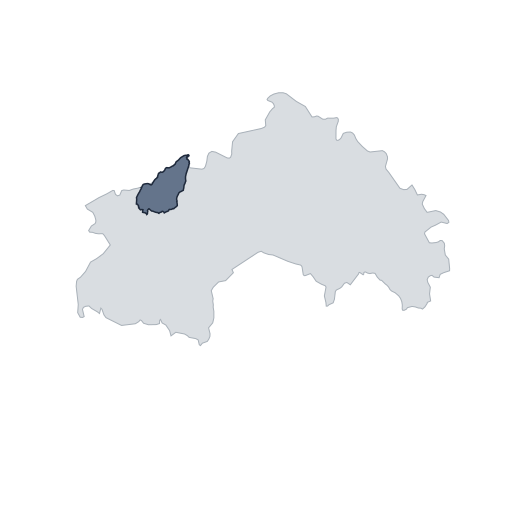 Mali, Mali, Guinea (highlighted), rotated 327°
{"feature_id": "49546643B49159513129654", "entity_name": "Mali", "entity_type": "district", "adm_level": 2, "iso_a3": "GIN", "parent_name": "Guinea", "parent_adm1": "Mali", "projection": "albers", "projection_center": [-12.025, 12.05], "detail": "fine", "context": "in_parent", "style": "filled", "palette": "slate", "viewbox_px": 512, "rotation_deg": 327, "n_neighbors": 0, "source": "geoboundaries", "source_scale": "gbopen_adm2", "svg_char_len": 7317}
<svg xmlns="http://www.w3.org/2000/svg" viewBox="0 0 512 512"><g transform="rotate(327 256 256)"><path d="M308.7,328.8L304.9,328.3L303.2,329.0L298.2,335.0L295.2,337.3L290.5,336.6L288.8,337.0L287.6,336.3L289.3,333.1L291.6,326.7L297.8,320.2L297.9,318.8L295.4,315.1L292.7,309.9L292.6,304.4L292.1,300.4L286.7,299.3L285.7,298.7L285.5,297.3L288.6,290.4L288.8,289.0L288.4,287.8L285.0,284.3L279.8,277.8L270.8,264.4L267.4,261.6L264.2,257.5L263.0,254.9L259.7,254.0L228.5,254.2L227.9,257.7L217.1,260.1L210.5,257.4L203.2,258.9L199.6,260.7L196.8,268.5L195.2,270.2L193.6,273.7L192.2,275.6L190.5,279.5L187.0,284.9L183.3,288.5L177.1,290.4L175.1,296.2L173.6,298.3L171.2,300.0L168.6,301.1L163.5,299.9L160.6,300.9L160.1,299.5L161.8,294.9L160.5,292.5L155.6,287.8L155.1,285.5L153.6,282.5L147.2,276.3L141.2,276.7L142.9,271.6L142.8,264.8L140.8,261.0L141.4,257.2L140.2,257.5L138.2,260.1L135.0,259.2L128.4,255.1L125.1,251.2L124.8,247.8L124.0,246.5L122.0,247.2L117.9,247.1L105.4,241.0L96.6,226.0L96.4,222.6L97.8,216.8L97.5,215.2L93.4,219.0L92.6,216.5L89.5,210.4L88.7,206.9L85.7,205.4L83.3,205.1L81.4,206.2L78.9,213.2L77.1,213.1L75.2,211.6L75.6,206.4L80.5,199.9L88.7,183.4L91.7,179.6L93.5,178.3L97.3,178.2L104.7,176.1L113.9,171.0L120.8,171.4L129.1,170.9L139.8,167.4L140.0,156.3L139.6,153.8L135.9,151.5L133.7,149.6L131.8,147.1L129.5,145.4L129.5,143.5L134.3,141.2L138.7,141.2L140.1,140.3L141.2,138.8L142.5,134.7L142.9,130.5L140.1,124.8L140.3,120.8L156.0,121.5L164.6,122.6L171.6,123.0L172.7,123.9L171.7,127.8L172.6,130.1L175.0,130.7L179.0,128.0L181.0,128.6L185.4,132.0L189.5,133.0L194.0,134.8L198.2,135.8L201.9,135.7L204.7,137.6L210.0,138.2L216.7,135.8L222.1,134.8L229.5,134.5L233.4,135.3L244.8,133.3L253.7,134.4L252.4,135.7L248.3,144.6L248.8,146.2L257.9,153.7L260.0,154.3L262.5,153.2L266.4,149.7L269.5,146.0L272.5,144.1L275.9,144.2L278.7,146.9L285.2,158.0L286.9,159.4L288.4,159.4L291.2,157.3L292.7,154.8L298.6,147.4L307.9,143.7L330.0,152.0L333.3,152.6L335.2,152.0L337.9,146.9L346.1,142.6L350.1,141.4L352.4,141.2L353.2,139.9L353.6,137.8L353.2,135.7L350.6,132.0L350.5,130.8L351.9,130.1L355.1,129.5L359.2,129.9L363.8,131.4L367.6,133.8L369.8,136.5L374.0,148.3L378.8,157.5L378.7,169.9L380.8,171.1L383.1,171.6L384.2,172.6L386.5,177.6L388.6,179.1L391.2,179.4L396.0,182.6L399.1,183.9L399.6,184.8L399.5,186.2L398.3,187.9L393.7,191.4L391.4,194.4L386.8,201.4L386.7,202.8L387.7,203.7L389.7,203.8L391.7,203.3L396.0,200.7L399.5,201.6L402.8,203.5L404.0,205.5L404.4,208.2L403.7,211.6L403.6,215.4L404.8,222.0L406.6,228.5L408.3,230.9L419.4,236.5L420.5,238.6L421.0,241.0L420.3,244.4L419.2,246.2L413.3,251.4L412.4,253.9L412.9,258.4L413.6,277.6L416.0,280.8L418.9,282.4L425.5,281.4L425.4,286.7L424.6,292.7L428.5,294.4L430.4,296.2L431.5,297.9L425.5,301.2L423.7,303.0L423.0,308.0L423.3,312.6L431.5,315.8L434.7,319.6L436.2,323.5L436.8,331.1L436.1,332.8L434.0,332.9L429.8,328.4L423.4,327.9L418.6,327.1L410.7,327.9L409.4,329.2L408.6,339.3L410.6,340.9L414.4,342.8L416.8,343.5L418.9,343.3L420.5,344.5L420.9,347.8L419.8,350.2L417.8,352.5L415.3,358.3L415.9,363.6L411.5,372.1L410.3,373.8L404.3,372.2L400.5,371.7L397.7,373.9L393.8,370.6L393.1,368.1L391.7,367.5L389.1,367.5L386.7,369.0L385.7,371.7L385.2,377.1L380.9,382.3L378.0,388.8L374.4,388.2L373.7,389.0L369.9,390.7L366.7,391.2L365.8,389.5L363.9,388.1L361.8,385.4L359.4,383.3L354.9,381.8L353.1,382.5L350.9,382.3L349.5,381.5L349.7,380.1L352.0,376.8L353.4,373.7L354.1,370.3L354.0,367.2L352.7,362.7L350.6,359.1L350.1,357.1L350.3,354.1L349.8,351.4L349.2,349.9L348.1,344.8L346.9,343.8L346.2,339.7L346.4,335.4L344.6,333.8L341.8,332.7L340.2,331.0L339.2,329.1L338.2,328.6L337.3,328.7L336.5,329.9L335.6,330.1L334.0,326.2L333.3,326.0L332.2,326.9L319.4,331.5L317.8,327.7L315.3,327.0L311.1,328.6L308.7,328.8Z" fill="#d9dde1" stroke="#a8b0b8" stroke-width="1"/><path d="M187.0,161.7L187.7,161.6L188.2,161.2L188.7,160.3L189.2,160.0L189.6,159.5L189.7,158.8L190.5,158.3L191.2,158.2L191.8,158.0L192.0,158.1L192.5,160.0L193.0,161.5L193.9,162.2L195.0,163.8L195.6,164.6L196.4,165.4L197.2,166.0L197.6,166.6L197.5,167.0L197.8,167.4L198.4,167.1L198.9,167.2L199.4,167.2L199.8,167.4L200.6,167.6L201.6,167.4L202.2,167.9L202.8,169.7L202.7,169.9L203.3,169.9L204.6,170.0L204.8,170.0L205.1,170.1L205.3,170.2L205.6,170.1L205.9,170.2L206.0,170.3L206.3,170.3L206.5,170.4L206.9,170.4L207.2,170.5L208.4,169.7L208.8,169.8L209.6,170.4L209.9,170.6L211.0,171.0L211.8,170.8L212.4,171.2L212.7,171.6L213.4,171.4L214.4,171.3L216.0,171.2L217.4,170.9L217.9,170.1L218.7,168.5L219.3,167.0L219.7,167.0L220.3,165.2L221.1,164.2L222.0,163.4L223.2,162.6L224.4,162.0L225.6,161.1L227.1,160.9L228.3,161.1L229.6,161.2L230.8,161.3L230.9,161.1L232.5,159.6L233.2,158.7L233.9,157.8L234.5,157.3L235.1,156.8L235.6,156.7L236.9,155.6L238.0,154.9L238.1,154.7L238.2,154.4L238.3,154.2L238.5,153.8L238.6,153.5L238.7,153.3L238.8,153.1L239.0,152.8L239.1,152.6L239.2,152.4L239.4,152.2L239.5,152.0L239.7,151.7L239.8,151.5L240.0,151.2L240.3,150.9L240.5,150.7L240.9,150.3L241.1,150.0L241.3,149.9L241.5,149.7L241.9,149.3L242.0,149.2L242.4,148.8L242.5,148.8L242.6,148.7L242.9,148.4L243.1,148.3L243.2,148.1L243.3,148.1L243.5,148.0L243.6,147.9L243.7,147.7L243.9,147.6L244.0,147.5L244.2,147.4L244.3,147.3L244.5,147.2L244.7,146.9L245.0,146.8L245.1,146.7L245.3,146.5L245.4,146.4L245.5,146.3L245.7,146.1L245.9,146.0L246.1,145.8L246.2,145.7L246.3,145.7L246.5,145.4L246.9,145.2L247.0,145.2L247.3,144.9L247.5,144.7L247.8,144.4L248.0,144.3L248.1,144.2L248.4,144.0L248.5,143.9L248.8,143.8L248.9,143.7L249.2,143.0L249.5,142.7L250.2,142.5L250.4,142.1L250.7,141.9L250.7,141.3L250.8,141.0L251.1,140.9L251.4,140.7L251.5,140.3L251.6,139.7L251.4,139.4L251.4,139.2L251.5,138.7L251.3,137.9L250.8,137.1L250.9,136.9L251.2,136.7L251.3,136.5L251.3,136.1L251.3,135.7L251.7,135.5L252.0,135.4L252.4,134.9L252.5,134.9L252.6,135.1L252.5,135.5L252.8,135.7L253.1,135.5L253.3,135.5L253.6,135.4L253.8,135.4L254.2,135.5L254.5,135.2L254.4,134.9L254.5,134.5L254.2,134.1L253.2,133.9L252.8,133.8L251.6,133.1L250.3,132.6L249.4,132.6L246.8,132.5L245.9,132.6L244.4,133.0L243.5,133.3L243.3,133.3L241.6,133.5L241.2,133.4L240.4,133.5L240.0,133.7L239.3,134.2L238.5,134.8L238.1,135.0L237.6,135.0L235.7,135.3L234.5,135.0L233.1,135.0L231.4,134.8L230.9,134.6L229.8,133.7L229.6,133.7L229.3,133.3L228.8,133.1L228.3,133.2L227.4,133.4L227.3,133.6L226.1,134.3L225.2,134.6L224.2,134.8L223.3,134.8L222.9,134.7L222.4,134.3L222.3,134.1L221.7,133.5L220.6,133.7L220.4,133.8L220.1,133.6L219.8,133.6L219.4,133.6L218.6,134.1L217.8,134.9L217.3,135.2L216.4,136.3L216.1,136.2L215.7,136.5L215.1,136.6L214.9,136.7L213.9,136.7L212.7,136.9L209.9,138.1L209.7,138.3L209.3,138.4L209.1,138.5L208.1,139.1L207.4,139.3L207.0,139.3L206.6,139.1L206.2,138.6L206.2,138.4L205.8,138.0L205.8,137.8L205.2,136.8L204.7,136.4L204.5,136.2L204.0,135.9L203.0,135.5L202.3,135.1L201.1,134.7L200.4,134.6L200.0,134.8L199.6,134.8L199.0,135.2L197.7,136.1L197.2,136.2L196.8,136.2L196.8,136.3L196.7,136.9L194.6,137.9L193.5,138.7L192.1,139.3L190.4,140.2L189.1,141.0L187.6,141.9L186.8,143.5L185.9,144.7L185.1,145.8L184.5,146.5L184.0,147.3L184.3,147.5L184.7,147.9L184.5,148.4L184.8,148.9L184.9,149.6L184.3,150.6L184.4,151.4L183.8,151.7L183.9,152.2L184.0,153.2L184.1,153.6L184.2,154.3L184.6,154.6L185.3,154.7L185.8,155.0L186.4,155.6L185.6,156.4L185.2,156.9L184.9,157.3L184.7,157.6L184.8,157.7L185.8,158.7L186.7,159.6L187.1,161.3L187.0,161.7Z" fill="#64748b" stroke="#1e293b" stroke-width="1.5"/></g></svg>